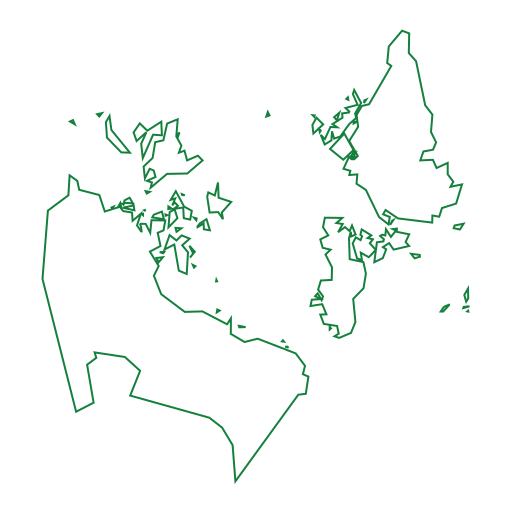 Surigao del Norte, Surigao del Norte, Philippines (Robinson projection)
{"feature_id": "2640588B80080860218245", "entity_name": "Surigao del Norte", "entity_type": "district", "adm_level": 2, "iso_a3": "PHL", "parent_name": "Philippines", "parent_adm1": "Surigao del Norte", "projection": "robinson", "projection_center": [125.793, 9.694], "detail": "fine", "context": "isolated", "style": "outline", "palette": "green", "viewbox_px": 512, "rotation_deg": 0, "n_neighbors": 0, "source": "geoboundaries", "source_scale": "gbopen_adm2", "svg_char_len": 6152}
<svg xmlns="http://www.w3.org/2000/svg" viewBox="0 0 512 512"><path d="M93.6,402.7L87.1,364.7L96.3,357.8L94.6,352.4L124.9,357.0L140.1,370.8L130.2,395.6L209.3,417.7L222.1,427.6L232.6,445.1L235.4,481.3L298.3,394.7L305.8,393.8L308.4,376.6L302.9,374.2L305.0,365.8L295.7,353.4L257.7,338.7L244.6,342.0L230.8,333.9L230.9,318.4L227.1,324.3L202.4,311.4L184.8,311.9L161.2,294.2L153.9,275.7L158.7,266.0L149.9,251.6L160.5,246.0L157.7,232.8L163.5,230.4L165.3,220.5L151.5,220.2L150.2,232.8L145.7,223.9L140.7,223.8L140.2,224.4L141.1,227.0L141.6,231.4L141.1,231.4L137.0,225.4L140.8,213.8L132.6,220.8L132.0,212.5L123.2,211.1L119.8,206.8L104.8,211.5L99.3,195.0L79.2,189.8L77.3,180.9L69.6,175.3L68.4,195.3L47.9,210.6L42.5,278.9L76.1,411.7L93.6,402.7ZM409.2,33.4L402.1,30.7L388.8,46.4L387.2,63.1L391.3,65.9L369.1,104.2L361.8,106.0L356.6,115.0L358.1,126.8L349.2,141.0L357.8,156.0L354.1,159.3L351.6,159.2L349.0,156.7L343.5,168.8L350.3,170.8L349.3,175.0L357.3,174.4L356.5,183.7L365.9,189.9L379.0,217.0L388.5,224.4L389.8,217.0L383.1,214.3L385.6,210.0L398.0,218.4L432.2,222.6L432.4,215.5L439.2,216.7L442.0,208.0L456.1,203.6L462.0,184.4L450.5,186.8L453.3,181.7L447.7,174.3L447.7,162.9L436.6,168.0L432.9,159.8L420.3,160.4L423.4,151.5L433.0,149.7L436.1,142.4L431.0,132.0L432.4,114.6L425.2,105.3L416.1,61.3L408.8,53.0L409.2,33.4ZM342.3,217.9L324.9,217.7L323.0,227.2L328.3,235.4L320.3,239.4L322.7,247.8L330.6,249.7L325.5,254.5L332.0,267.3L331.7,279.9L320.9,280.5L318.1,289.6L323.0,296.4L321.6,300.2L317.7,293.4L315.1,296.2L320.6,299.1L311.8,299.7L310.5,306.0L322.2,304.2L326.4,314.3L320.3,314.6L323.8,323.9L337.1,326.0L338.7,333.7L334.5,336.3L339.2,337.9L351.0,332.9L355.4,322.1L353.2,298.9L363.5,288.3L365.9,273.6L363.4,262.1L349.7,259.2L349.0,238.3L350.8,231.8L351.3,236.4L355.6,234.5L352.0,225.5L349.6,231.1L345.0,227.1L338.1,232.2L342.7,224.0L336.4,223.0L342.3,217.9ZM177.7,119.3L167.1,123.6L163.4,140.3L155.2,142.2L152.6,158.0L143.6,166.6L144.9,178.3L149.7,168.8L153.7,170.5L155.5,177.0L147.0,180.8L151.9,182.5L150.7,187.7L167.0,173.9L187.3,173.5L202.6,160.4L197.9,155.7L187.1,160.4L184.5,150.7L178.9,152.7L181.4,145.6L176.3,136.4L177.7,119.3ZM354.2,90.0L352.9,94.1L357.6,104.8L345.5,108.0L349.3,111.5L348.9,112.5L342.1,113.4L342.5,117.7L332.5,124.1L337.2,127.3L330.4,127.0L324.9,139.1L320.7,134.8L324.7,144.5L331.4,140.4L332.0,131.3L334.1,138.6L340.3,136.5L349.1,124.2L356.2,117.9L355.1,113.6L361.1,103.0L354.2,90.0ZM386.0,229.2L385.3,235.5L382.2,234.7L380.1,236.0L383.9,239.2L383.4,241.4L376.9,242.3L374.3,262.2L382.8,258.1L386.2,249.3L382.9,247.1L389.1,243.1L393.6,249.6L409.1,246.0L405.6,242.0L409.2,234.3L395.2,231.5L390.9,236.9L386.0,229.2ZM174.3,244.5L178.8,270.6L186.7,274.0L188.0,252.3L182.2,245.3L189.7,238.6L181.6,235.4L176.5,240.5L169.6,235.1L164.5,249.5L174.3,244.5ZM161.3,121.7L147.3,130.7L139.8,123.4L133.6,132.4L136.6,141.0L146.4,132.2L141.2,143.7L142.8,158.1L153.1,134.7L161.9,135.3L161.3,121.7ZM361.7,229.4L360.4,234.8L362.1,236.3L360.6,240.1L355.8,237.4L352.7,243.4L357.1,258.5L361.9,259.9L360.8,252.7L368.8,257.2L375.8,249.9L369.8,243.2L372.9,239.3L367.6,238.0L371.3,235.4L361.7,229.4ZM218.0,182.5L214.8,195.5L208.3,192.4L207.2,196.6L209.6,212.5L218.2,212.1L223.0,219.2L221.8,212.5L231.2,201.9L218.6,197.7L218.0,182.5ZM344.3,133.6L330.0,148.9L343.3,159.7L353.5,150.0L344.3,133.6ZM109.5,116.0L105.9,122.2L107.0,137.6L121.3,152.4L129.9,152.7L111.4,130.0L109.5,116.0ZM175.8,191.2L170.7,199.9L175.2,198.4L172.3,205.4L174.7,202.4L178.0,205.8L173.5,209.0L183.2,207.5L183.8,218.2L190.2,219.6L191.8,210.8L184.1,206.6L175.8,191.2ZM174.7,209.4L169.7,212.0L168.5,227.3L177.4,218.2L174.7,209.4ZM316.5,117.7L312.4,125.0L313.4,133.5L323.2,124.4L316.5,117.7ZM206.5,219.2L199.8,223.4L197.5,226.4L197.6,227.2L203.6,223.5L203.9,229.3L209.9,230.3L206.5,219.2ZM132.0,205.8L122.8,207.7L134.4,210.3L133.5,204.6L132.0,205.8ZM161.9,211.6L153.8,214.7L152.3,217.4L163.9,219.2L161.9,211.6ZM129.6,197.7L124.5,200.4L123.9,202.8L132.9,203.3L129.6,197.7ZM468.0,288.6L464.3,295.0L466.2,301.7L468.2,298.5L468.0,288.6ZM463.6,223.7L454.6,225.5L453.7,228.2L459.9,229.5L463.6,223.7ZM189.4,245.8L193.2,253.6L190.0,257.6L194.8,251.7L189.4,245.8ZM411.1,253.8L414.6,258.3L419.9,256.7L419.7,254.9L411.1,253.8ZM245.6,327.1L238.8,325.8L239.3,327.3L245.6,327.1ZM449.7,304.4L444.0,306.8L440.7,311.5L443.1,311.6L449.7,304.4ZM162.9,257.2L156.4,258.0L158.7,262.2L162.9,257.2ZM390.1,224.9L393.3,220.1L392.3,220.6L390.1,224.9ZM339.3,112.7L334.1,117.2L336.9,120.3L339.3,112.7ZM102.0,113.1L97.1,114.2L99.3,116.5L102.0,113.1ZM181.4,228.3L175.5,227.9L176.5,231.8L181.4,228.3ZM469.5,306.3L463.7,306.9L463.3,308.1L469.5,306.3ZM269.5,115.4L267.8,112.0L266.3,116.6L269.5,115.4ZM120.3,203.0L118.4,206.3L119.8,206.5L120.2,207.2L121.3,207.6L120.3,203.0ZM73.0,120.1L70.0,121.5L74.8,124.3L73.0,120.1ZM164.3,251.9L159.7,252.2L163.2,253.3L164.3,251.9ZM171.8,208.6L168.4,206.4L168.3,209.1L171.8,208.6ZM149.7,191.9L145.6,191.1L146.8,193.5L149.7,191.9ZM396.9,228.6L392.8,229.1L396.7,230.9L396.9,228.6ZM179.5,132.4L177.1,135.0L177.7,137.4L179.5,132.4ZM195.4,266.2L192.8,264.9L194.0,267.6L195.4,266.2ZM357.1,121.4L353.6,122.1L353.6,123.6L357.1,121.4ZM356.4,156.6L352.1,157.2L351.8,158.5L356.4,156.6ZM219.6,310.6L217.3,309.5L216.8,312.4L219.6,310.6ZM184.8,195.3L181.9,194.1L182.2,195.0L184.8,195.3ZM196.6,218.4L194.1,217.7L196.3,220.3L196.6,218.4ZM355.4,153.2L353.0,154.2L354.1,155.3L355.4,153.2ZM284.0,341.7L282.9,340.3L282.0,341.4L284.0,341.7ZM348.3,99.8L347.9,97.3L346.3,98.9L348.3,99.8ZM331.0,328.4L329.7,326.6L329.7,329.5L331.0,328.4ZM366.2,99.6L364.4,100.4L364.0,103.0L366.2,99.6ZM355.0,151.8L353.2,152.2L354.3,152.9L355.0,151.8ZM112.3,208.4L113.4,206.7L111.6,207.5L112.3,208.4ZM287.4,346.7L285.2,346.7L288.5,347.6L287.4,346.7ZM167.3,215.2L165.5,214.5L165.7,215.7L167.3,215.2ZM320.7,130.5L319.2,129.4L319.8,132.1L320.7,130.5ZM314.7,115.4L312.7,115.2L314.3,116.9L314.7,115.4ZM143.0,213.7L141.6,214.0L143.0,215.2L143.0,213.7ZM123.9,203.8L122.3,203.7L123.5,204.7L123.9,203.8ZM145.6,209.6L144.2,210.2L144.8,210.6L145.6,209.6ZM217.1,281.3L216.4,279.8L216.1,281.4L217.1,281.3ZM468.1,310.7L467.3,311.4L468.3,311.6L468.1,310.7ZM351.8,156.7L351.9,154.8L350.9,156.1L351.8,156.7Z" fill="none" stroke="#15803d" stroke-width="2"/></svg>